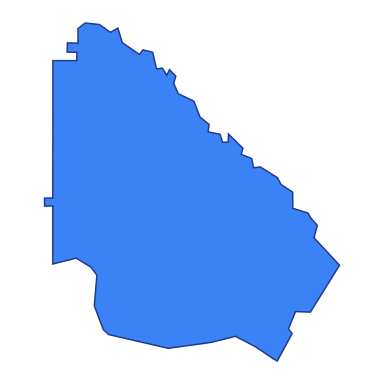 the district of Wayne, Georgia, United States of America
{"feature_id": "52423323B68831425011801", "entity_name": "Wayne", "entity_type": "district", "adm_level": 2, "iso_a3": "USA", "parent_name": "United States of America", "parent_adm1": "Georgia", "projection": "natural_earth1", "projection_center": [-81.896, 31.578], "detail": "fine", "context": "isolated", "style": "filled", "palette": "blue", "viewbox_px": 384, "rotation_deg": 0, "n_neighbors": 0, "source": "geoboundaries", "source_scale": "gbopen_adm2", "svg_char_len": 906}
<svg xmlns="http://www.w3.org/2000/svg" viewBox="0 0 384 384"><path d="M311.3,218.6L307.8,213.0L292.8,208.3L292.7,192.2L281.2,184.7L277.4,177.7L260.3,166.9L253.6,167.8L251.7,158.5L241.2,154.5L242.9,148.3L228.5,134.0L228.2,142.1L222.6,142.3L220.1,134.3L208.1,131.8L209.1,124.5L200.1,117.2L193.9,101.2L178.2,93.7L173.7,83.3L175.8,76.2L169.5,69.7L166.8,75.2L162.3,68.1L156.5,68.9L152.7,52.3L143.0,49.9L139.4,54.4L122.3,42.7L117.9,28.1L110.4,32.3L99.3,24.5L85.2,23.0L78.0,28.6L78.0,43.1L67.4,42.9L67.1,52.1L76.9,52.2L76.8,60.6L52.9,60.6L52.9,70.9L52.8,198.0L44.5,198.1L44.6,206.1L52.8,205.9L52.8,264.0L76.1,258.1L91.0,267.2L96.9,275.2L94.3,305.8L103.3,329.6L108.8,334.6L168.2,348.3L211.1,342.4L235.4,336.3L255.6,346.8L273.6,359.0L277.3,361.0L292.1,333.6L288.5,328.8L295.5,311.6L310.4,312.1L332.7,276.3L339.5,265.2L314.0,237.8L317.3,225.4L311.3,218.6Z" fill="#3b82f6" stroke="#1e3a8a" stroke-width="1.5"/></svg>